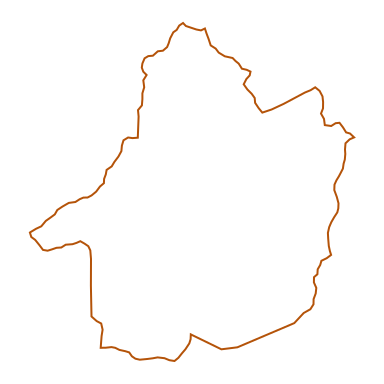 Banzaê, Bahia, Brazil (orthographic projection)
{"feature_id": "56859067B70491909190036", "entity_name": "Banzaê", "entity_type": "district", "adm_level": 2, "iso_a3": "BRA", "parent_name": "Brazil", "parent_adm1": "Bahia", "projection": "orthographic", "projection_center": [-38.659, -10.603], "detail": "fine", "context": "isolated", "style": "outline", "palette": "amber", "viewbox_px": 384, "rotation_deg": 0, "n_neighbors": 0, "source": "geoboundaries", "source_scale": "gbopen_adm2", "svg_char_len": 2276}
<svg xmlns="http://www.w3.org/2000/svg" viewBox="0 0 384 384"><path d="M204.9,28.5L201.0,30.4L196.4,29.5L191.3,27.8L185.9,26.0L183.0,23.0L179.2,25.6L176.7,29.9L173.3,32.3L170.2,38.3L168.7,43.2L167.1,47.1L162.9,50.7L157.8,51.3L152.9,55.7L148.3,56.1L144.6,58.3L142.4,63.5L141.8,67.6L143.3,71.7L146.6,75.0L143.3,80.3L144.2,87.3L142.4,93.3L142.4,99.1L141.9,105.4L138.0,110.1L138.6,116.5L137.8,137.7L132.5,138.1L128.1,137.5L123.5,140.3L121.9,145.6L121.4,151.1L118.4,156.6L114.4,161.9L111.7,166.4L106.6,169.9L105.8,174.4L104.1,178.9L103.9,183.2L100.0,186.5L96.2,191.6L91.6,195.4L87.6,197.5L83.4,197.6L79.7,199.2L75.4,202.0L68.8,202.9L62.4,206.6L57.3,210.0L54.8,214.4L50.6,217.5L45.8,220.9L41.3,226.3L36.0,228.8L29.9,232.5L31.3,237.0L35.2,239.9L39.4,245.1L43.0,249.9L47.6,250.7L51.9,249.4L56.5,247.8L61.3,247.5L65.7,244.7L72.5,244.2L76.5,242.9L80.3,241.2L84.5,243.6L88.3,246.2L90.3,250.4L91.0,258.9L90.9,285.7L91.5,316.5L96.7,321.1L101.2,323.5L102.6,329.7L101.6,336.0L101.1,342.4L100.7,347.8L105.8,347.7L111.5,347.1L115.2,347.8L119.4,349.9L125.3,351.2L129.2,352.4L131.9,356.3L135.4,358.7L139.8,359.7L147.1,359.0L152.7,358.3L157.6,357.4L164.5,358.2L169.4,360.2L174.5,361.0L178.4,357.8L181.8,353.5L185.4,349.3L189.3,343.4L190.6,339.2L190.8,334.4L221.4,349.3L232.7,347.9L237.4,347.3L294.3,323.1L298.3,318.8L303.7,313.0L310.4,309.2L313.5,304.3L313.6,299.1L315.7,293.5L316.3,287.9L313.9,282.4L314.0,277.2L317.4,274.2L317.7,269.3L320.2,265.0L321.4,260.8L326.7,258.2L331.1,254.9L329.9,251.1L328.8,246.0L328.2,238.7L327.9,232.9L329.2,227.1L331.3,222.2L334.1,217.3L337.3,212.4L338.3,208.4L338.5,203.3L336.8,196.9L334.3,190.1L334.5,184.6L336.4,180.4L338.9,176.3L340.8,172.7L342.9,168.6L343.6,163.7L344.8,159.6L345.3,154.0L345.0,149.5L345.5,143.3L349.7,139.3L354.1,137.4L350.0,133.5L346.1,132.4L343.0,127.4L339.5,122.8L335.6,123.2L331.2,126.0L324.8,125.1L324.0,118.9L321.0,113.6L323.0,108.4L323.1,102.1L322.5,96.4L319.6,90.9L315.2,87.3L310.6,90.2L305.0,92.5L283.6,103.9L276.3,107.3L271.6,109.5L262.3,112.6L258.7,108.2L255.1,102.8L254.7,98.0L251.7,93.8L247.4,89.5L243.7,84.3L246.4,79.0L249.7,75.4L250.5,71.6L246.7,69.8L241.9,68.7L238.7,63.6L235.5,61.0L232.6,58.0L224.8,56.3L218.7,52.6L215.7,48.6L210.7,45.4L208.5,38.7L206.5,33.4L204.9,28.5Z" fill="none" stroke="#b45309" stroke-width="2"/></svg>